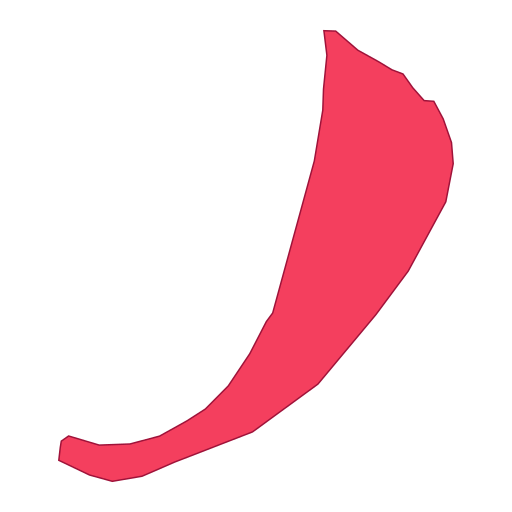 the district of Satowan, Federated States of Micronesia
{"feature_id": "79324940B12415749846105", "entity_name": "Satowan", "entity_type": "district", "adm_level": 2, "iso_a3": "FSM", "parent_name": "Federated States of Micronesia", "parent_adm1": "", "projection": "natural_earth1", "projection_center": [153.731, 5.329], "detail": "fine", "context": "isolated", "style": "filled", "palette": "rose", "viewbox_px": 512, "rotation_deg": 0, "n_neighbors": 0, "source": "geoboundaries", "source_scale": "gbopen_adm2", "svg_char_len": 584}
<svg xmlns="http://www.w3.org/2000/svg" viewBox="0 0 512 512"><path d="M323.9,30.7L326.9,55.3L323.5,89.1L322.8,110.1L314.3,161.1L272.7,313.0L266.4,321.5L249.8,353.7L228.3,385.9L205.4,409.0L186.9,420.9L159.6,436.1L129.9,444.0L99.2,445.1L68.6,436.0L61.3,441.1L60.3,447.3L58.8,460.3L89.5,475.0L112.3,481.3L142.1,476.2L174.3,462.2L252.5,431.9L317.9,384.1L375.9,314.6L408.2,271.1L445.8,201.8L453.2,163.7L451.5,142.6L443.2,118.9L433.8,101.3L424.1,100.6L412.7,87.7L403.0,74.0L391.9,69.8L378.9,61.9L357.8,50.2L335.7,31.1L323.9,30.7Z" fill="#f43f5e" stroke="#9f1239" stroke-width="1.5"/></svg>